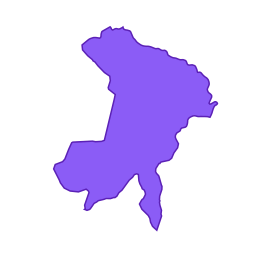 outline of San José del Golfo, Guatemala, rotated 22°
{"feature_id": "79465075B18750582081906", "entity_name": "San José del Golfo", "entity_type": "district", "adm_level": 2, "iso_a3": "GTM", "parent_name": "Guatemala", "parent_adm1": "", "projection": "albers", "projection_center": [-90.366, 14.787], "detail": "fine", "context": "isolated", "style": "filled", "palette": "violet", "viewbox_px": 256, "rotation_deg": 22, "n_neighbors": 0, "source": "geoboundaries", "source_scale": "gbopen_adm2", "svg_char_len": 3453}
<svg xmlns="http://www.w3.org/2000/svg" viewBox="0 0 256 256"><g transform="rotate(22 128 128)"><path d="M54.3,68.2L54.8,69.2L56.6,72.6L63.6,76.1L69.5,78.0L70.3,78.8L72.7,79.2L76.8,81.6L85.4,85.4L91.7,86.8L93.9,90.8L94.5,97.9L95.5,99.3L103.6,101.7L104.5,106.6L109.0,136.8L110.7,148.3L108.5,150.3L103.0,152.9L100.0,153.5L82.1,161.8L81.3,162.8L81.0,169.9L81.1,180.4L80.0,183.7L74.2,189.1L74.4,193.8L83.7,201.9L85.9,204.2L91.4,207.6L98.0,208.1L106.0,205.8L112.1,200.4L114.8,201.2L116.0,202.4L116.7,215.8L118.6,218.9L118.1,219.7L120.8,219.7L122.7,218.1L123.3,217.2L124.8,210.6L126.7,208.3L127.7,206.5L131.4,203.9L132.6,203.0L134.1,201.6L138.2,200.0L141.1,197.6L141.9,197.5L143.2,195.5L143.8,191.4L145.7,187.9L148.7,175.8L150.7,172.0L151.4,168.8L153.3,167.2L155.0,167.2L157.9,172.9L159.9,175.3L162.8,177.7L163.9,179.0L166.3,179.5L167.8,181.0L169.0,182.8L169.0,184.0L168.7,187.8L167.9,188.9L167.6,190.1L167.1,194.2L171.3,198.1L179.5,201.5L182.1,203.6L184.2,206.9L187.5,209.9L189.4,210.7L191.9,211.6L193.0,212.0L192.1,197.0L190.8,195.4L189.9,191.8L186.5,187.6L184.9,184.9L184.9,183.6L184.1,182.9L182.9,179.3L182.4,172.2L181.3,169.2L180.6,168.7L176.1,162.9L174.6,161.0L173.4,160.3L171.4,159.4L169.9,158.1L169.0,155.2L170.0,149.3L170.8,149.0L171.3,147.2L178.1,142.6L179.8,139.7L179.9,133.8L181.4,127.8L180.7,123.7L176.6,120.3L175.3,118.8L174.7,116.8L175.1,114.3L177.3,111.3L177.4,110.3L177.2,109.5L177.7,108.1L178.4,107.5L180.7,105.9L181.5,104.7L181.6,103.8L181.5,102.2L181.3,101.1L181.0,100.1L180.4,98.3L180.5,97.1L180.7,96.3L181.0,95.6L181.9,94.3L182.6,93.6L183.7,92.5L184.9,91.8L185.9,91.5L186.7,91.4L187.5,91.3L188.4,91.2L189.6,90.8L190.6,90.3L195.7,88.3L197.7,87.6L198.9,87.5L200.0,87.3L200.2,84.7L200.2,83.8L200.2,82.7L200.1,81.7L200.0,80.9L199.9,79.6L199.8,78.0L199.9,75.8L200.4,74.3L201.2,73.6L201.7,72.5L201.7,71.6L200.6,70.9L199.5,70.8L198.5,71.3L196.0,74.5L194.9,75.2L193.9,74.7L193.8,73.6L194.0,68.1L193.6,66.9L193.1,66.3L192.1,65.8L191.1,65.4L190.1,65.2L189.0,64.7L188.2,64.0L187.4,63.1L187.0,62.4L186.9,61.2L187.0,59.6L187.0,57.8L186.8,56.8L186.4,56.0L186.0,55.3L185.5,54.6L184.4,53.4L183.9,53.0L182.6,52.3L181.6,52.0L180.4,51.8L179.5,51.5L178.5,51.2L177.6,50.8L175.9,49.9L174.9,49.4L173.7,49.3L172.7,49.9L171.7,50.3L171.0,49.6L170.3,48.5L169.6,47.7L168.6,46.7L168.0,46.1L167.1,45.4L166.0,45.2L164.9,45.3L164.2,45.3L162.8,45.9L161.2,46.8L160.1,46.9L159.4,46.8L158.5,46.0L158.0,45.4L157.1,44.4L156.1,43.9L154.9,43.9L153.6,44.0L152.5,44.4L151.8,44.8L151.0,45.1L149.6,45.3L146.4,45.3L145.3,45.5L143.9,45.9L142.8,46.0L141.6,46.0L140.7,45.9L139.9,45.8L138.2,45.5L137.3,45.0L136.7,44.1L135.7,43.0L134.9,42.5L133.7,42.2L132.6,42.3L131.6,42.9L130.4,43.3L129.4,43.3L128.6,43.2L127.5,43.0L126.2,43.0L125.5,43.3L124.8,43.7L123.9,44.1L123.1,44.2L122.2,44.2L120.6,44.2L119.2,44.2L118.2,44.3L117.4,44.4L116.0,44.7L114.8,45.2L113.3,45.7L111.6,46.1L110.7,46.2L109.2,46.2L108.5,46.1L107.3,45.9L106.1,45.6L105.2,45.4L104.0,45.0L102.9,44.4L101.8,43.7L100.8,43.2L100.0,42.9L98.9,42.3L94.5,37.9L93.9,37.5L93.0,37.3L92.1,37.4L90.9,37.5L88.7,38.0L87.4,38.0L86.3,37.3L85.5,36.3L85.0,37.2L84.4,37.8L83.3,39.1L82.2,39.8L81.2,40.0L80.2,40.1L79.5,40.4L78.7,41.0L77.7,42.2L77.1,42.9L75.9,42.7L74.4,41.3L73.5,40.9L68.2,47.6L67.7,48.4L67.7,49.3L67.8,50.3L68.1,51.7L68.4,52.5L68.7,53.5L68.6,54.4L68.0,55.4L66.7,55.6L65.5,55.9L64.6,56.1L63.7,56.4L62.7,56.8L62.0,57.2L60.4,58.5L59.7,59.1L58.8,60.1L58.3,60.8L54.3,68.2Z" fill="#8b5cf6" stroke="#5b21b6" stroke-width="1.5"/></g></svg>